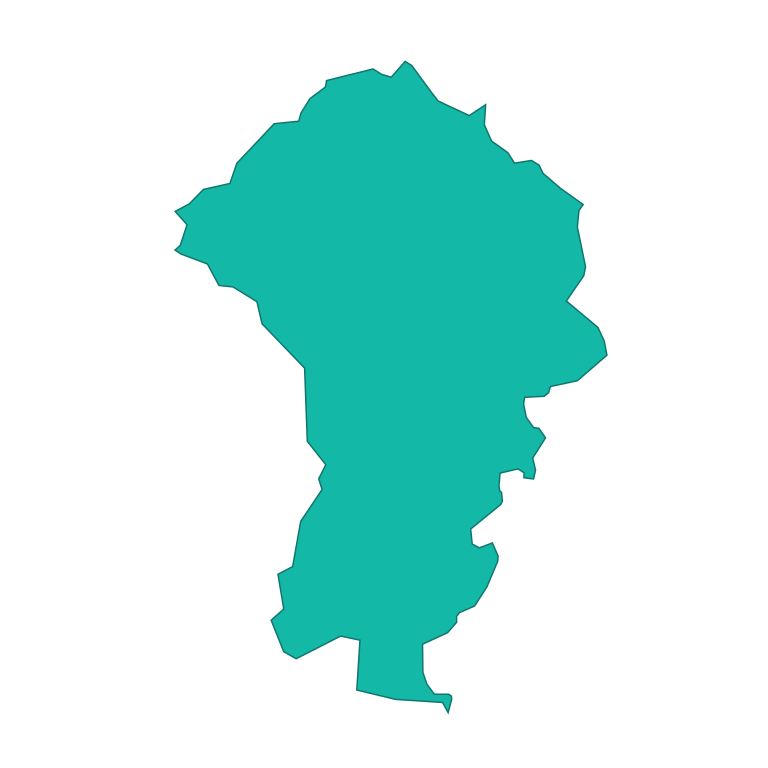 Anne Arundel, Maryland, United States of America, rotated 4°
{"feature_id": "52423323B67559228618519", "entity_name": "Anne Arundel", "entity_type": "district", "adm_level": 2, "iso_a3": "USA", "parent_name": "United States of America", "parent_adm1": "Maryland", "projection": "natural_earth1", "projection_center": [-76.564, 38.975], "detail": "fine", "context": "isolated", "style": "filled", "palette": "teal", "viewbox_px": 768, "rotation_deg": 4, "n_neighbors": 0, "source": "geoboundaries", "source_scale": "gbopen_adm2", "svg_char_len": 1679}
<svg xmlns="http://www.w3.org/2000/svg" viewBox="0 0 768 768"><g transform="rotate(4 384 384)"><path d="M305.2,89.4L304.7,92.0L290.3,104.4L282.3,119.5L280.6,127.8L256.3,132.0L221.8,174.1L216.3,194.7L190.3,202.5L177.1,218.0L163.6,226.4L176.4,238.9L171.1,259.9L166.2,265.0L172.4,268.5L199.5,276.6L212.5,297.2L226.6,297.7L251.5,310.8L258.2,332.5L303.7,373.7L311.5,446.5L331.6,468.6L325.5,483.1L329.6,493.6L310.5,526.8L305.6,572.5L291.5,581.2L299.7,615.5L287.9,627.5L302.7,658.1L315.5,664.2L358.3,638.5L377.9,641.2L378.2,691.2L417.5,697.8L464.6,697.6L470.9,707.3L473.5,693.9L473.0,690.7L470.3,689.0L455.8,689.9L447.7,680.4L442.9,668.9L440.6,640.9L464.8,627.6L473.1,616.6L472.6,610.7L475.4,606.7L489.9,599.1L500.9,579.0L509.8,552.8L509.8,547.7L503.2,535.0L490.6,540.8L483.4,537.6L483.1,537.4L480.6,522.6L488.8,514.9L509.0,495.9L510.3,492.7L508.8,483.9L506.9,482.5L505.8,477.6L505.9,472.9L506.0,464.8L509.8,463.6L523.7,459.3L530.0,462.9L530.1,467.7L534.1,468.0L539.8,468.3L541.2,459.4L537.5,447.5L548.9,426.4L541.5,417.3L536.3,417.1L528.2,407.3L524.6,394.0L525.3,387.4L532.9,386.5L544.7,385.1L547.6,382.3L548.7,381.3L550.2,374.9L571.6,368.7L576.7,367.2L604.4,339.7L600.7,325.8L593.5,312.7L560.1,288.5L560.2,288.4L566.5,277.6L575.7,262.1L576.9,253.1L576.7,252.4L575.2,247.0L565.9,213.9L566.4,197.3L570.2,191.1L567.9,189.7L558.9,184.2L546.4,176.5L527.9,162.7L523.4,154.8L515.7,150.8L515.5,150.7L499.2,154.5L498.8,154.6L491.4,144.6L488.0,142.5L480.7,138.0L474.3,134.1L466.0,118.4L465.9,98.3L450.3,110.3L423.4,99.9L420.5,98.7L418.4,98.0L411.7,90.6L389.5,64.4L382.6,60.7L369.9,77.4L360.1,75.3L351.1,70.5L305.5,85.3L305.2,89.4Z" fill="#14b8a6" stroke="#0f766e" stroke-width="1.5"/></g></svg>